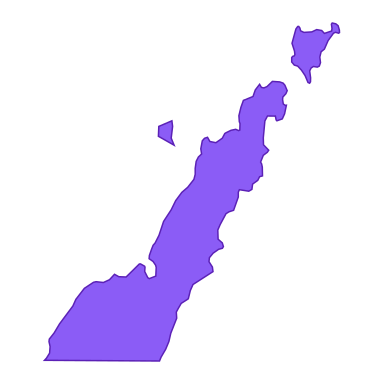 outline of Door, Wisconsin, United States of America
{"feature_id": "52423323B99024056145108", "entity_name": "Door", "entity_type": "district", "adm_level": 2, "iso_a3": "USA", "parent_name": "United States of America", "parent_adm1": "Wisconsin", "projection": "mercator", "projection_center": [-87.16, 45.052], "detail": "fine", "context": "isolated", "style": "filled", "palette": "violet", "viewbox_px": 384, "rotation_deg": 0, "n_neighbors": 0, "source": "geoboundaries", "source_scale": "gbopen_adm2", "svg_char_len": 2304}
<svg xmlns="http://www.w3.org/2000/svg" viewBox="0 0 384 384"><path d="M159.5,361.0L161.1,357.1L165.7,349.2L168.9,341.5L170.8,333.2L176.7,318.2L176.3,312.1L178.4,308.2L181.2,303.4L188.3,298.8L190.3,290.6L193.0,284.5L213.0,271.6L212.4,267.0L209.0,261.7L209.4,257.7L213.1,253.2L218.6,249.3L222.4,248.3L223.4,246.6L222.3,242.9L218.1,239.2L217.8,230.0L220.2,224.5L226.0,213.7L229.0,211.8L233.6,210.3L238.3,197.0L238.3,192.2L239.4,189.7L248.8,191.2L251.9,189.4L252.6,184.1L257.8,180.3L259.6,176.7L262.5,175.9L262.3,167.1L261.6,163.8L260.6,162.1L263.3,155.3L267.3,152.3L268.7,150.2L263.5,144.8L263.3,137.8L264.9,120.9L267.5,116.0L275.4,116.1L276.1,119.9L276.9,120.8L282.3,118.9L284.6,113.8L286.4,105.2L285.2,105.3L283.3,104.0L282.6,99.7L282.8,97.1L285.9,93.7L287.2,90.7L284.9,85.2L283.1,83.1L279.7,81.9L272.4,81.4L267.0,86.6L263.9,87.9L261.4,87.4L259.6,84.3L255.3,89.9L253.0,96.5L243.4,100.4L240.9,107.4L238.9,115.7L239.3,121.7L240.0,123.6L239.8,130.1L238.6,130.6L235.7,129.3L231.0,130.3L226.1,132.7L224.8,133.5L222.3,138.2L215.9,142.7L209.9,141.5L207.5,137.3L204.5,138.3L202.3,140.8L200.8,148.8L201.6,154.0L198.4,157.0L196.2,161.3L195.2,168.3L195.2,174.4L193.9,179.4L187.7,187.3L181.8,192.4L175.7,200.6L171.2,209.8L163.6,221.4L159.0,235.3L155.1,243.0L153.1,245.3L151.5,249.4L149.4,255.4L149.1,258.7L153.1,261.5L155.6,265.2L156.2,267.4L155.8,276.1L149.3,278.6L147.8,277.7L144.7,271.5L145.0,267.2L144.6,266.2L140.5,263.9L139.3,264.0L126.1,277.0L118.8,276.7L114.5,274.3L109.5,279.7L103.4,282.5L96.1,281.7L93.5,282.3L84.4,288.3L75.9,299.3L72.9,306.0L59.6,323.8L54.1,333.0L49.3,339.1L49.0,341.6L50.1,346.6L49.6,353.1L46.5,358.1L44.5,360.3L159.5,361.0ZM291.7,57.6L291.7,62.0L294.3,65.1L297.7,66.1L301.4,70.1L305.1,75.6L308.0,82.5L309.6,83.2L310.5,81.8L310.6,77.8L309.7,70.9L311.1,68.0L313.4,66.5L317.4,67.1L319.3,66.1L320.5,62.6L319.8,57.1L321.1,51.8L324.4,49.1L328.1,40.6L333.5,33.2L335.5,32.3L338.6,33.2L339.5,32.6L339.4,30.1L338.1,25.7L335.8,23.8L332.2,23.0L331.4,24.2L332.0,28.5L331.6,31.0L324.4,33.4L321.7,30.5L316.7,29.6L311.8,31.9L303.9,32.4L300.6,30.8L299.9,28.0L298.7,26.4L297.7,26.5L295.9,29.0L292.0,43.3L294.5,51.1L294.9,54.6L294.2,55.9L292.6,56.4L291.7,57.6ZM158.8,126.4L158.4,136.3L174.1,145.2L171.2,138.1L172.6,126.4L171.9,120.8L158.8,126.4Z" fill="#8b5cf6" stroke="#5b21b6" stroke-width="1.5"/></svg>